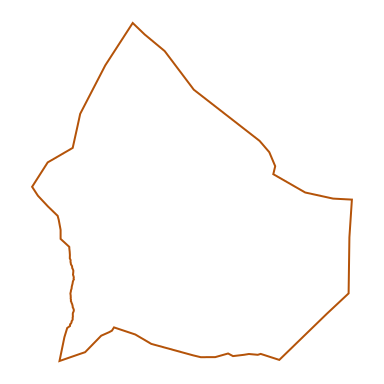 Bulgan, Ömnögovi, Mongolia
{"feature_id": "93677404B9137444234021", "entity_name": "Bulgan", "entity_type": "district", "adm_level": 2, "iso_a3": "MNG", "parent_name": "Mongolia", "parent_adm1": "Ömnögovi", "projection": "robinson", "projection_center": [103.141, 44.294], "detail": "fine", "context": "isolated", "style": "outline", "palette": "amber", "viewbox_px": 384, "rotation_deg": 0, "n_neighbors": 0, "source": "geoboundaries", "source_scale": "gbopen_adm2", "svg_char_len": 1749}
<svg xmlns="http://www.w3.org/2000/svg" viewBox="0 0 384 384"><path d="M279.3,359.9L326.7,313.9L348.6,293.4L349.4,237.4L351.9,199.6L333.1,198.6L305.2,192.5L273.3,174.2L275.2,166.2L269.3,152.2L259.6,140.9L193.8,89.7L164.7,51.1L144.7,34.5L132.7,23.0L105.3,65.3L80.2,113.8L77.6,125.8L72.7,147.9L47.7,162.4L32.1,186.8L37.9,195.7L47.9,206.4L57.7,215.9L57.9,216.8L58.7,219.7L60.6,229.9L60.6,238.9L69.2,246.8L69.3,247.0L69.3,248.2L69.7,251.8L69.9,255.0L69.8,258.4L70.5,259.8L70.6,260.5L70.5,262.0L70.7,262.6L70.8,262.9L70.8,263.4L70.9,264.1L71.2,264.8L71.6,265.4L72.0,266.1L72.1,266.7L72.2,267.7L72.3,268.3L72.6,268.7L72.9,269.5L73.1,269.9L73.3,270.4L73.3,270.9L73.3,271.5L73.3,272.0L73.2,272.5L73.2,273.1L73.1,273.8L73.0,274.4L73.0,274.8L73.2,275.2L73.4,275.9L73.6,276.5L73.8,277.4L73.7,278.0L73.6,278.5L73.7,278.9L73.9,279.3L73.6,279.8L72.9,281.4L72.5,283.9L72.3,284.5L72.0,285.8L71.8,286.4L71.6,288.4L71.4,289.2L71.1,289.9L70.9,290.8L70.9,291.3L70.7,292.1L70.5,293.0L70.4,293.5L70.7,295.7L70.7,296.6L70.8,297.3L70.7,297.9L70.7,298.4L70.7,298.8L70.9,299.4L71.0,299.9L70.9,300.4L70.9,301.2L71.2,301.7L71.5,302.5L71.7,303.2L72.2,304.2L72.3,304.7L72.5,305.4L72.7,306.4L72.7,307.0L72.8,307.5L73.3,308.3L73.8,309.8L73.8,310.6L73.7,311.0L73.6,311.5L73.2,312.3L73.0,312.7L72.8,313.6L72.8,315.0L72.9,316.4L72.8,316.8L72.8,317.2L72.6,317.8L72.7,318.5L72.7,319.3L72.6,319.7L72.2,320.5L71.8,321.0L71.6,321.3L71.6,321.7L71.5,322.4L71.0,323.5L70.1,324.3L70.0,326.0L67.2,328.0L64.4,337.2L59.5,361.0L80.3,353.8L85.1,352.2L101.2,335.7L109.1,332.2L111.9,330.7L114.0,327.4L135.3,334.5L151.3,343.9L193.3,355.4L200.8,357.2L215.3,357.1L228.1,353.5L233.0,356.1L244.0,354.8L248.9,354.0L257.8,354.8L260.7,353.9L279.3,359.9Z" fill="none" stroke="#b45309" stroke-width="2"/></svg>